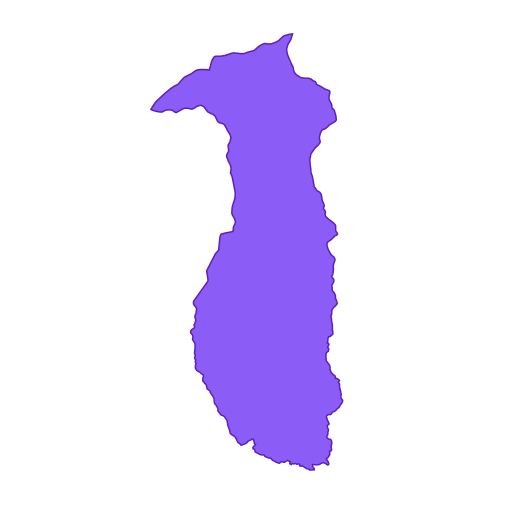 Othaya, Central, Kenya (Mercator projection), rotated 85°
{"feature_id": "3690345B44721723206287", "entity_name": "Othaya", "entity_type": "district", "adm_level": 2, "iso_a3": "KEN", "parent_name": "Kenya", "parent_adm1": "Central", "projection": "mercator", "projection_center": [36.828, -0.553], "detail": "fine", "context": "isolated", "style": "filled", "palette": "violet", "viewbox_px": 512, "rotation_deg": 85, "n_neighbors": 0, "source": "geoboundaries", "source_scale": "gbopen_adm2", "svg_char_len": 6097}
<svg xmlns="http://www.w3.org/2000/svg" viewBox="0 0 512 512"><g transform="rotate(85 256 256)"><path d="M102.3,345.2L103.6,341.6L104.3,338.2L104.4,337.0L103.0,333.7L102.8,332.6L102.8,330.1L103.2,327.6L103.8,326.4L105.4,324.6L106.2,323.0L103.0,315.9L102.7,314.6L102.6,313.4L103.0,310.8L104.1,307.1L103.5,304.9L101.7,301.7L101.4,300.4L101.1,298.1L101.5,296.8L102.1,295.7L102.9,294.8L108.1,291.7L110.1,288.6L111.1,286.5L112.8,284.8L113.9,284.2L118.4,282.6L119.3,281.8L120.1,280.8L120.9,278.4L122.0,276.4L124.4,275.1L128.8,273.3L133.1,271.2L135.7,270.7L139.9,271.9L142.7,273.9L143.7,274.2L145.2,274.2L148.7,274.0L149.6,274.4L151.9,275.9L153.2,276.5L154.6,276.6L157.2,275.7L158.3,275.6L162.5,273.9L165.2,273.2L167.7,273.3L170.7,274.2L171.7,274.0L174.1,273.1L176.2,272.7L190.5,271.2L192.8,271.3L195.7,271.8L198.4,272.6L201.9,274.2L205.5,275.5L210.6,276.3L211.7,276.3L213.0,276.0L216.6,274.3L219.7,273.5L222.0,274.1L225.1,275.9L229.5,276.8L229.7,277.8L230.4,284.4L230.8,287.3L231.1,288.6L232.2,289.5L233.5,290.1L235.2,290.5L246.8,292.7L250.2,296.2L266.5,306.5L274.7,305.9L276.2,305.9L277.2,306.4L295.4,321.9L296.8,322.4L298.1,322.4L299.2,322.1L302.7,319.9L303.8,319.8L307.9,320.8L310.3,322.0L312.0,322.2L313.5,321.7L315.1,321.7L318.1,322.9L319.2,323.8L320.3,323.4L321.6,323.5L322.7,324.2L323.3,325.7L324.1,326.9L325.3,327.7L326.9,327.7L329.2,326.2L330.8,325.8L333.7,326.5L337.2,324.7L338.3,324.4L342.6,324.7L344.7,325.3L345.8,325.4L348.3,325.8L349.0,325.1L350.1,325.2L351.6,326.0L352.9,326.0L354.1,325.0L356.3,325.8L357.5,325.1L360.2,326.0L362.4,326.2L364.7,325.1L365.6,324.1L366.9,322.1L368.6,320.6L369.4,319.4L370.8,318.6L373.2,319.6L375.6,319.9L376.6,319.5L377.5,318.5L378.4,318.3L379.2,317.3L380.6,316.7L383.1,316.4L384.1,316.2L386.7,313.5L387.9,313.5L391.6,311.4L393.1,310.7L394.5,310.2L398.0,310.3L399.6,310.0L400.5,309.1L404.6,307.2L406.7,307.4L407.8,307.1L408.7,306.4L409.5,305.7L410.6,305.3L411.4,304.6L412.2,302.7L413.1,301.7L414.2,300.9L417.5,299.1L421.7,298.9L425.2,298.1L426.5,297.6L430.3,297.2L432.0,295.7L434.1,292.8L436.8,291.5L440.1,290.3L442.0,288.1L443.3,287.3L441.8,282.5L441.1,281.2L439.7,279.9L438.8,277.1L438.0,275.9L438.2,274.6L439.7,274.5L441.1,273.9L442.7,274.0L443.6,272.9L444.6,273.7L445.5,275.0L446.5,275.8L447.8,275.7L448.5,274.4L449.7,274.0L451.1,273.9L454.3,268.9L454.7,267.6L454.7,266.4L454.9,265.3L456.5,264.6L458.3,261.0L458.7,259.0L460.8,257.5L461.8,255.7L463.4,253.6L464.5,250.7L462.9,248.2L463.7,246.8L464.0,245.6L462.4,242.6L463.9,239.8L464.8,240.3L465.8,240.5L466.9,239.2L465.7,237.8L466.4,236.6L466.2,234.5L467.1,233.4L466.8,232.1L467.3,230.7L468.8,230.9L469.2,229.6L469.4,227.6L472.1,224.4L472.8,222.0L473.9,221.2L474.1,216.6L473.1,216.4L471.4,217.5L470.1,218.0L468.7,217.9L469.0,215.7L469.3,214.4L469.4,212.5L469.1,210.7L468.3,209.2L467.7,207.1L468.0,206.1L470.5,202.7L470.1,201.8L469.0,201.6L467.6,201.9L464.1,203.6L462.5,201.3L461.2,200.6L460.5,199.9L456.9,199.6L456.8,198.5L455.8,197.6L454.4,197.6L452.9,197.9L449.2,196.8L446.8,196.9L445.2,197.6L445.0,198.9L444.3,200.1L442.9,201.2L441.6,201.1L440.5,200.1L437.7,199.7L435.6,198.9L433.3,199.7L431.2,199.9L429.7,197.8L426.9,198.6L425.4,199.4L424.0,199.4L422.7,200.0L421.5,199.6L420.3,198.1L420.5,195.6L419.8,194.7L418.1,193.3L417.8,192.0L417.2,190.6L416.2,189.2L414.9,188.1L414.5,186.8L413.3,185.8L411.8,185.2L411.2,184.3L410.3,183.5L407.9,182.2L406.8,182.4L405.7,183.3L404.6,183.7L403.1,183.7L401.6,183.2L398.3,183.5L395.4,184.0L394.2,184.0L393.2,184.3L391.7,184.0L390.3,184.1L389.2,185.0L387.2,183.7L386.3,184.5L385.1,186.1L384.9,187.4L383.7,187.4L382.0,187.9L381.1,189.3L379.7,190.2L378.6,191.2L376.0,192.0L374.6,192.1L373.5,191.9L371.2,192.2L366.5,195.1L362.5,195.1L360.9,195.0L358.3,194.2L357.3,192.3L355.6,191.7L354.2,191.8L353.4,192.6L352.1,192.1L351.0,191.2L350.0,191.1L349.1,191.6L348.9,192.6L346.7,191.8L344.6,191.6L342.8,190.7L342.6,188.8L341.7,188.2L341.2,187.0L340.4,186.2L337.5,186.1L336.0,186.3L330.7,185.9L328.4,186.4L324.6,186.3L322.2,186.7L321.3,185.9L316.3,185.0L314.4,183.5L311.7,180.2L310.5,179.3L309.2,179.3L304.3,180.6L303.1,180.3L302.0,180.4L299.4,181.3L297.8,182.6L295.5,183.1L294.5,182.8L293.0,183.1L291.5,182.8L288.8,181.0L287.8,180.6L286.0,180.6L283.6,182.2L282.5,182.2L281.6,181.4L278.4,180.4L274.9,179.9L273.2,180.0L270.6,179.3L267.1,177.7L265.8,177.7L264.7,178.1L263.6,178.7L262.0,180.4L260.0,181.7L255.7,183.5L252.3,184.3L250.9,184.3L249.7,184.1L248.5,183.6L246.3,179.8L242.6,175.3L242.4,173.9L241.4,172.9L239.7,173.3L238.4,174.2L237.2,174.4L233.3,174.0L231.7,174.4L229.6,176.1L226.8,179.1L226.1,180.1L222.5,183.3L221.3,183.5L220.2,183.5L218.8,183.0L217.1,183.2L215.9,183.8L215.1,184.5L213.7,184.5L212.2,183.6L210.2,183.9L206.3,185.2L200.9,185.5L198.9,186.4L197.9,187.1L196.3,189.4L195.5,190.0L193.4,191.1L192.4,191.9L181.6,192.9L178.3,193.8L176.8,194.0L174.3,193.8L169.5,194.1L164.8,194.0L161.7,193.1L160.2,192.8L158.7,192.2L155.4,189.3L154.3,188.5L151.9,185.7L151.0,184.4L148.6,182.3L147.1,182.1L144.5,182.6L142.2,182.2L138.8,180.9L136.7,179.6L136.1,178.7L135.7,177.7L135.5,176.4L134.8,175.2L132.8,172.5L131.9,171.7L128.9,165.4L127.8,164.3L126.7,164.1L123.5,164.2L117.7,165.3L116.4,166.1L115.6,167.1L114.6,167.5L112.4,167.4L111.1,167.6L106.6,169.5L104.6,169.5L102.7,169.2L99.7,168.1L98.7,168.1L97.7,168.6L95.8,172.5L92.3,177.4L90.7,180.1L89.8,181.0L88.7,181.1L87.3,181.9L86.6,183.6L84.6,185.6L83.5,188.2L83.1,191.8L82.4,195.0L81.9,196.4L80.3,198.1L79.7,199.2L78.2,200.6L75.9,202.0L74.5,202.3L71.1,202.6L64.5,205.1L59.6,206.6L57.4,207.2L53.9,207.5L51.9,207.3L49.4,206.3L47.6,205.5L43.5,202.5L37.9,200.2L38.1,203.7L39.0,208.5L39.6,209.9L43.4,214.7L44.5,217.0L46.0,222.0L45.8,225.8L45.2,227.8L45.1,229.1L45.4,230.4L46.6,233.4L47.8,235.5L50.9,239.6L51.5,241.8L52.2,246.3L53.1,249.4L53.3,250.7L53.1,253.3L51.7,260.6L51.9,262.4L53.5,269.4L53.9,274.2L53.6,276.8L53.5,279.1L54.0,280.3L56.7,282.5L58.9,283.5L63.3,285.0L66.6,286.4L66.1,288.3L65.8,290.6L65.4,295.6L65.5,298.1L66.1,300.1L68.7,304.4L71.3,311.0L72.4,312.7L78.2,318.8L79.5,322.3L81.7,326.3L85.6,332.0L92.8,341.3L94.7,343.3L100.0,347.4L100.9,347.9L102.3,345.2Z" fill="#8b5cf6" stroke="#5b21b6" stroke-width="1.5"/></g></svg>